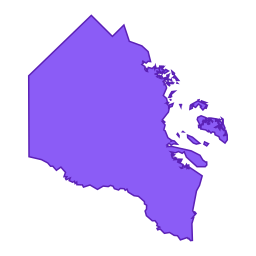 the district of Villarino, Buenos Aires, Argentina
{"feature_id": "61730980B44606052944654", "entity_name": "Villarino", "entity_type": "district", "adm_level": 2, "iso_a3": "ARG", "parent_name": "Argentina", "parent_adm1": "Buenos Aires", "projection": "natural_earth1", "projection_center": [-62.259, -39.152], "detail": "fine", "context": "isolated", "style": "filled", "palette": "violet", "viewbox_px": 256, "rotation_deg": 0, "n_neighbors": 0, "source": "geoboundaries", "source_scale": "gbopen_adm2", "svg_char_len": 5968}
<svg xmlns="http://www.w3.org/2000/svg" viewBox="0 0 256 256"><path d="M129.3,41.3L123.9,25.0L112.4,36.4L91.3,15.4L28.7,75.8L29.0,156.7L41.4,159.6L47.7,162.9L50.5,166.2L52.8,166.2L56.4,170.3L60.9,167.1L65.5,172.4L64.0,176.7L66.8,176.7L65.5,178.6L66.2,179.7L70.2,178.0L69.2,180.6L72.6,182.2L74.5,181.3L75.1,183.5L76.7,182.1L76.9,184.7L82.3,184.9L83.5,187.1L90.0,185.0L97.5,189.4L103.2,186.1L108.3,186.6L110.4,185.4L113.0,186.2L114.4,188.7L118.6,190.0L120.3,188.5L124.1,188.7L125.2,190.3L127.0,189.2L128.2,192.1L134.0,195.7L138.4,196.3L144.4,201.6L144.5,203.9L146.6,205.2L146.5,209.2L145.1,211.0L146.4,215.7L152.3,220.8L155.0,220.7L157.4,223.8L156.8,225.6L159.6,227.1L157.0,228.4L157.7,229.8L160.2,229.1L164.4,233.3L169.6,232.5L174.2,235.4L177.5,235.7L180.4,239.9L187.1,237.6L188.2,238.8L189.4,237.9L188.8,238.5L190.5,240.6L192.4,240.4L191.9,223.6L193.6,217.8L192.2,218.0L196.1,213.5L194.3,211.4L195.2,214.5L192.7,210.7L196.5,190.9L199.5,185.4L202.2,175.9L189.8,167.5L188.9,168.7L187.3,168.3L189.1,167.9L188.7,165.0L187.0,165.8L187.3,167.2L186.9,167.9L186.6,166.3L185.8,166.8L187.1,165.4L186.5,164.3L184.7,167.8L184.7,166.3L183.2,165.4L182.8,168.1L181.2,168.4L180.5,167.6L182.3,168.0L183.0,164.5L177.1,161.8L180.7,161.9L181.8,159.7L178.3,160.7L177.2,159.4L174.1,159.7L174.6,158.9L172.4,158.0L171.9,156.3L174.5,155.7L171.0,155.8L174.4,154.6L172.6,153.5L171.1,154.9L172.2,153.2L170.8,151.9L175.4,152.8L178.4,151.5L182.2,153.3L184.2,151.8L186.4,157.1L197.0,166.7L205.2,166.7L206.8,165.0L206.7,161.4L206.3,162.6L202.8,160.0L200.0,155.3L191.3,150.9L171.9,146.5L167.1,146.6L167.7,145.4L166.9,145.0L169.1,143.2L171.1,145.1L173.6,143.8L177.4,144.2L174.4,141.0L171.5,140.3L171.6,141.1L171.0,141.3L171.3,140.1L167.9,137.7L165.2,130.9L163.8,129.9L165.1,125.0L162.5,121.8L165.3,122.4L162.3,119.9L168.4,112.1L169.4,107.6L168.7,108.0L168.7,105.7L167.1,104.0L169.2,102.4L166.5,102.8L167.4,102.1L166.5,98.4L163.3,95.5L166.6,88.0L165.6,84.8L164.2,84.8L164.2,82.5L162.5,81.3L163.5,81.6L164.8,79.4L164.3,78.1L165.9,77.3L163.1,78.6L161.4,75.4L160.2,76.3L161.1,78.5L159.9,78.2L159.4,75.3L158.0,75.6L158.0,77.3L156.9,76.7L157.9,76.1L157.2,74.5L154.5,74.0L157.8,73.6L156.6,70.4L158.2,72.8L159.5,73.0L158.5,72.0L159.0,71.3L160.8,73.6L159.9,71.0L162.3,73.6L162.5,71.6L164.4,73.5L168.5,71.0L165.7,69.4L164.0,71.5L163.7,69.8L161.9,69.1L163.6,66.9L160.3,68.0L162.4,66.2L159.7,66.1L159.4,69.6L158.6,68.0L156.2,68.3L155.4,65.7L154.7,68.9L154.0,66.8L152.2,68.5L148.3,67.4L147.5,69.5L146.4,68.6L147.5,71.5L146.3,71.2L144.8,69.4L144.9,66.5L141.8,64.5L144.0,62.4L142.6,61.9L142.9,61.1L146.1,63.1L148.1,61.3L150.6,61.6L148.1,51.6L141.9,45.9L129.3,41.3ZM209.9,119.3L205.5,117.6L206.7,119.7L206.5,120.9L204.0,121.3L205.6,121.7L206.1,122.2L206.0,122.6L202.8,121.2L203.6,122.2L203.0,125.3L202.6,124.0L201.1,125.6L200.8,129.0L205.7,129.9L208.2,131.8L208.8,130.7L211.0,133.1L212.6,131.8L214.6,132.4L215.1,134.8L218.9,136.6L219.8,139.2L225.0,143.1L227.3,139.9L227.2,134.9L225.6,129.8L225.8,134.9L225.1,135.4L224.6,134.8L224.4,135.4L223.2,135.9L224.5,134.6L225.6,134.9L225.1,130.2L223.7,130.2L223.0,129.3L223.9,129.7L224.2,128.1L224.9,127.8L223.2,123.9L223.1,119.2L221.7,118.2L222.7,120.8L222.6,124.3L221.6,125.7L222.6,129.2L220.5,127.1L219.9,129.8L217.4,126.2L215.9,127.7L215.0,127.4L219.3,124.8L217.9,123.0L218.8,121.6L218.0,122.5L217.7,121.6L219.4,120.0L218.0,119.5L217.4,120.9L216.5,121.0L215.9,120.3L215.5,122.0L215.7,120.1L217.2,120.7L217.0,119.0L211.3,118.1L210.9,120.0L212.8,121.3L212.4,122.1L210.7,119.9L211.1,118.1L209.4,118.0L210.1,119.0L210.0,119.8L208.2,120.6L209.7,121.2L208.4,122.4L209.5,123.9L208.2,124.6L209.0,123.7L207.8,124.0L207.8,122.3L209.5,121.2L207.9,120.5L209.9,119.3ZM206.7,104.9L197.9,100.9L191.7,104.3L193.6,104.9L193.2,106.2L195.6,107.4L198.5,104.1L201.4,106.2L200.3,107.0L202.9,110.0L204.7,108.0L206.2,108.3L207.1,105.9L205.5,106.7L206.7,104.9ZM205.3,117.4L201.1,115.8L197.8,117.4L197.2,119.6L200.2,125.4L198.5,125.3L198.7,127.6L200.2,127.9L201.0,125.3L203.4,122.1L202.6,121.5L203.2,120.2L205.2,120.2L206.3,120.8L205.3,117.4ZM199.8,143.3L192.5,137.2L187.5,135.1L187.7,137.7L193.3,143.0L196.3,144.1L199.8,143.3ZM220.5,125.4L222.3,123.4L220.0,120.9L218.2,122.9L219.8,124.3L218.4,126.5L219.7,128.5L220.1,126.8L221.3,126.9L220.2,126.6L220.5,125.4ZM208.5,143.7L204.6,141.9L203.9,144.2L206.7,145.9L208.5,143.7ZM178.7,80.4L174.7,75.5L173.0,77.5L175.6,78.3L176.4,80.4L178.7,80.4ZM171.3,94.4L175.0,91.2L171.8,91.6L170.0,94.6L171.4,95.7L171.3,94.4ZM191.7,104.5L190.3,105.6L189.9,109.3L192.3,108.2L191.7,104.5ZM169.4,107.3L172.1,106.4L173.1,103.5L169.0,105.1L169.4,107.3ZM206.3,102.6L200.8,100.6L204.7,103.1L206.3,102.6ZM174.1,74.6L174.5,73.3L171.9,71.1L172.6,74.3L174.1,74.6ZM171.0,83.6L168.1,81.9L167.6,84.4L170.0,86.1L168.6,83.8L171.0,83.6ZM177.7,133.4L177.0,134.3L179.0,136.7L179.1,135.6L177.7,133.4ZM180.7,159.2L177.4,159.1L179.6,160.2L180.7,159.2ZM169.9,79.6L167.2,78.4L168.1,80.1L169.9,79.6ZM182.1,104.5L179.8,104.6L180.9,107.0L181.1,105.0L182.1,104.5ZM167.0,78.9L165.3,78.9L167.5,80.1L167.0,78.9ZM173.5,83.0L170.2,82.8L172.9,83.7L173.5,83.0ZM168.7,76.3L167.0,76.6L166.8,77.3L168.3,77.2L168.7,76.3ZM166.9,83.2L167.2,81.5L166.1,83.2L166.9,83.2ZM169.9,97.3L169.7,96.1L169.5,95.9L168.8,97.3L169.9,97.3ZM197.3,100.2L198.9,100.1L199.0,99.8L197.3,100.2ZM224.1,129.8L224.9,128.3L224.8,128.0L224.1,129.8ZM171.6,80.6L171.3,79.6L171.0,80.6L171.6,80.6ZM176.3,158.3L175.0,158.3L174.6,158.2L175.1,159.0L176.1,158.8L176.3,158.3ZM182.5,131.8L183.5,131.9L182.9,131.4L182.5,131.8ZM170.3,97.3L171.2,96.8L170.0,96.1L170.3,97.3ZM173.4,82.3L172.0,82.3L172.0,82.6L173.4,82.3ZM175.8,158.0L175.6,157.5L174.4,157.6L175.8,158.0ZM220.1,119.6L219.2,119.1L218.6,119.4L219.5,119.7L220.1,119.6ZM170.7,100.1L171.4,99.5L170.4,99.8L170.7,100.1ZM168.5,75.2L168.9,74.5L168.0,75.0L168.5,75.2ZM177.5,83.2L177.0,82.7L176.9,83.1L177.5,83.2ZM165.1,81.0L165.0,80.1L164.6,80.7L165.1,81.0ZM166.2,75.5L167.0,75.4L167.1,75.2L166.2,75.5ZM203.3,120.4L204.0,120.4L203.3,120.4Z" fill="#8b5cf6" stroke="#5b21b6" stroke-width="1.5"/></svg>